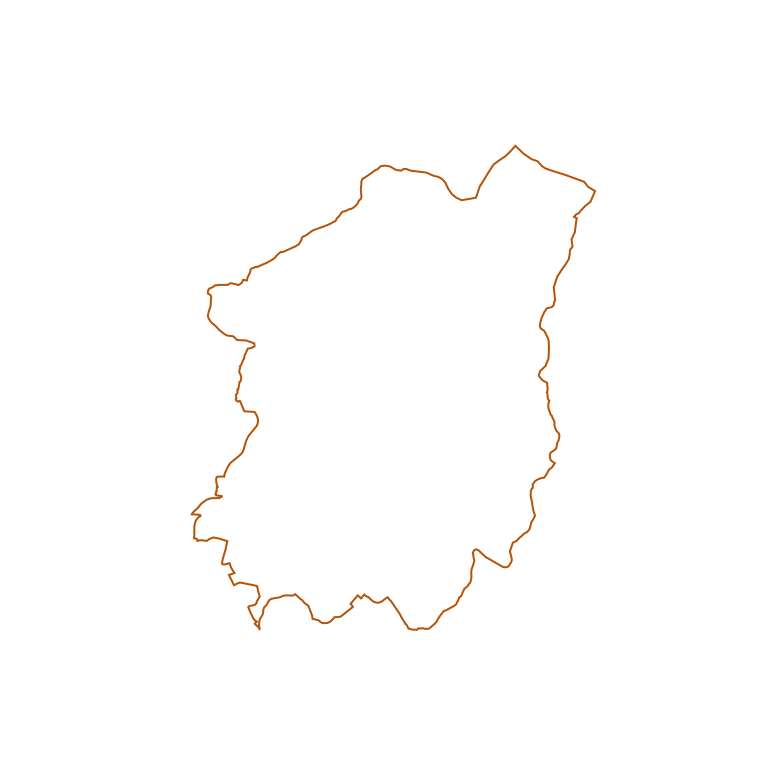 outline of Sarmas, Harghita, Romania, rotated 30°
{"feature_id": "2599482B24569606414351", "entity_name": "Sarmas", "entity_type": "district", "adm_level": 2, "iso_a3": "ROU", "parent_name": "Romania", "parent_adm1": "Harghita", "projection": "equal_earth", "projection_center": [25.467, 46.907], "detail": "fine", "context": "isolated", "style": "outline", "palette": "amber", "viewbox_px": 768, "rotation_deg": 30, "n_neighbors": 0, "source": "geoboundaries", "source_scale": "gbopen_adm2", "svg_char_len": 6165}
<svg xmlns="http://www.w3.org/2000/svg" viewBox="0 0 768 768"><g transform="rotate(30 384 384)"><path d="M399.4,659.2L396.0,654.9L394.3,650.7L394.1,649.0L394.2,645.0L394.0,643.9L393.6,642.3L392.5,640.2L391.9,637.8L392.8,633.2L392.6,629.4L392.9,628.1L394.0,626.2L400.2,621.0L402.8,617.6L404.7,616.1L410.4,613.1L411.2,612.4L412.0,611.1L412.2,610.4L419.5,612.0L421.3,612.1L424.7,613.4L429.4,613.9L437.3,620.3L439.6,623.1L444.5,621.6L446.1,621.4L448.1,621.9L450.1,621.8L452.2,620.8L454.7,619.1L456.4,616.2L457.5,612.5L457.4,611.6L457.7,610.8L462.5,607.5L463.4,605.6L468.5,592.7L468.2,592.3L465.0,591.0L466.9,580.2L471.3,581.2L471.7,580.2L471.5,578.9L472.1,577.3L472.2,576.2L473.7,576.7L477.7,576.4L479.4,577.1L482.8,577.6L484.5,577.6L486.7,577.1L488.3,576.3L489.4,575.4L491.2,572.6L492.2,569.9L493.8,566.8L495.3,567.6L498.8,568.6L509.8,573.9L512.7,575.3L516.7,577.9L521.8,580.5L522.3,581.1L523.6,581.1L526.6,582.9L527.1,583.5L528.1,583.6L529.1,582.9L530.9,582.7L535.5,580.4L535.7,578.8L535.9,578.6L537.8,577.5L539.3,576.3L542.4,575.3L544.7,573.8L545.4,573.1L547.9,566.1L548.4,563.0L548.2,560.7L548.4,557.1L549.3,550.6L550.2,549.8L551.4,548.1L555.8,540.9L556.7,538.9L556.4,536.9L556.4,534.2L555.9,531.3L556.6,529.8L556.8,528.2L556.5,526.8L556.0,521.1L557.4,517.4L557.5,515.1L558.0,512.7L556.8,508.5L553.4,502.9L552.3,500.0L551.9,496.9L550.5,491.5L547.9,489.1L546.3,486.6L545.4,486.1L545.1,483.0L546.5,481.0L549.0,480.8L558.5,483.0L578.0,483.0L580.0,482.5L581.2,481.7L582.2,480.9L583.1,479.3L583.2,474.5L582.6,472.3L581.2,470.6L576.7,466.0L575.0,457.1L575.8,455.7L577.1,454.0L578.3,449.2L579.4,446.3L580.0,443.7L581.7,441.1L582.2,439.6L582.6,436.6L580.7,430.0L580.9,426.1L580.6,422.6L576.9,419.1L574.1,416.0L572.2,413.7L571.6,412.5L569.8,410.9L569.3,410.0L568.2,409.1L567.1,407.7L564.8,403.6L564.3,400.8L564.8,399.5L563.1,396.8L563.0,395.6L563.5,392.3L565.1,389.4L567.7,386.4L569.5,385.1L569.9,381.2L569.7,375.7L570.9,373.1L571.3,371.2L571.3,369.0L571.6,367.2L568.6,367.0L566.0,366.4L563.2,362.8L562.6,360.3L564.6,356.2L565.3,353.7L564.4,350.8L563.6,349.1L563.3,345.3L562.3,342.3L561.4,340.6L560.4,339.5L556.8,338.3L554.3,336.6L552.1,334.4L550.5,331.4L547.6,329.6L545.2,327.6L543.6,327.2L540.5,324.4L539.0,323.4L536.1,319.1L536.0,317.5L535.5,316.5L535.5,315.8L534.2,315.4L533.0,314.4L530.2,310.6L529.3,309.9L529.4,309.6L528.2,306.3L525.8,303.2L524.7,301.5L523.0,301.3L521.2,301.6L518.3,301.2L513.9,299.5L513.1,296.6L513.0,295.1L512.7,294.7L515.0,287.2L514.2,284.0L513.9,280.0L510.1,272.7L508.2,269.2L505.3,264.7L503.2,262.4L496.6,258.1L495.3,257.8L491.7,257.4L490.1,256.0L488.5,252.3L488.2,250.3L487.4,248.1L487.0,242.7L486.8,241.7L487.0,240.5L487.1,237.4L487.4,236.7L488.1,235.9L489.3,235.1L490.5,233.9L491.1,232.8L491.4,231.3L491.2,229.8L490.3,227.7L490.5,226.1L482.7,215.5L480.4,204.8L480.7,197.1L481.4,189.7L481.6,183.7L480.2,179.4L478.0,174.8L478.6,170.8L474.1,165.0L473.4,157.2L469.4,147.7L468.1,144.1L464.9,144.2L465.5,141.4L466.4,139.7L467.4,138.6L467.5,136.7L469.2,129.3L471.7,122.9L470.3,111.4L462.1,111.2L456.3,108.8L436.4,112.3L421.9,115.5L416.1,116.6L411.7,116.3L405.7,114.3L399.5,115.5L389.3,114.7L378.7,112.0L376.9,120.4L375.1,126.4L371.6,133.4L369.2,139.2L368.8,144.7L368.2,165.2L370.5,176.7L359.4,186.0L353.7,186.5L348.0,185.7L342.2,182.9L336.4,179.0L332.5,177.5L328.0,177.4L322.2,179.0L315.0,179.7L300.2,186.0L295.9,186.6L293.5,187.9L292.3,190.6L287.4,192.6L280.5,192.6L276.2,194.1L272.8,196.5L272.1,197.4L271.5,199.1L271.5,199.9L271.1,201.3L269.7,202.8L266.6,209.9L263.5,216.1L262.7,216.9L263.3,220.5L264.2,221.6L266.5,226.9L271.0,233.4L271.3,235.0L270.6,238.2L270.9,240.8L270.3,243.9L269.5,246.3L268.1,248.6L266.3,250.3L264.3,253.3L262.1,255.5L261.4,257.0L261.5,258.3L261.3,260.6L260.4,263.8L260.5,267.3L259.0,269.2L258.0,271.2L255.8,274.3L245.8,286.3L244.3,289.2L242.3,294.1L240.1,296.9L239.9,298.9L240.5,301.0L240.4,305.3L238.9,308.4L231.8,318.4L230.4,320.1L228.5,321.5L227.8,323.2L226.6,327.4L226.4,329.2L225.7,331.1L222.1,337.3L215.5,346.2L214.9,346.2L214.4,346.7L211.4,350.7L211.2,351.5L212.2,354.4L212.6,359.9L213.5,362.9L209.9,364.2L210.2,365.6L210.1,368.0L208.4,371.2L205.4,371.8L201.0,373.2L200.0,374.5L199.2,376.2L191.2,380.9L189.4,382.5L188.2,383.1L188.0,384.1L186.8,386.4L185.0,388.6L184.8,390.5L185.6,392.8L186.5,393.8L188.3,393.6L190.1,394.2L191.1,395.3L191.8,397.2L194.9,403.2L196.1,409.2L197.4,413.1L198.8,414.5L202.5,416.6L205.0,417.3L209.0,417.9L214.7,419.7L221.3,420.6L224.0,420.4L225.9,419.7L228.8,418.3L230.9,418.3L234.7,419.4L243.0,415.2L251.3,413.7L253.1,416.1L251.1,419.2L248.3,421.6L248.9,426.2L248.8,428.3L250.2,432.4L250.0,433.8L250.7,438.3L250.7,440.0L250.3,440.7L251.1,441.4L252.1,445.0L252.7,446.0L256.7,449.0L258.1,452.0L258.4,453.4L257.9,454.1L258.0,454.7L260.3,461.0L260.3,461.7L259.8,462.0L261.6,464.8L261.2,467.6L263.3,470.1L263.3,471.4L264.1,472.1L265.8,472.3L266.9,471.7L267.4,470.8L268.0,470.8L276.6,477.5L285.9,472.9L288.4,474.2L290.8,475.9L292.5,477.6L293.7,479.5L294.4,481.6L294.7,484.0L293.0,494.5L292.7,496.5L292.8,499.8L293.0,502.1L295.3,511.3L295.5,512.8L295.4,514.8L295.1,516.5L294.5,518.5L290.6,528.8L290.3,530.9L290.1,532.6L290.7,540.1L291.1,542.0L291.9,544.1L291.0,544.3L288.7,546.1L286.8,547.0L285.6,548.2L286.3,550.6L288.6,553.8L291.4,556.4L290.8,556.9L292.7,560.6L292.4,560.7L293.3,563.9L294.1,563.7L294.5,564.3L299.5,562.2L299.9,562.6L298.7,564.1L298.6,565.0L291.2,569.5L288.3,572.9L285.7,578.5L284.7,584.3L282.7,591.2L282.7,592.9L290.1,589.3L290.5,589.4L291.1,590.1L290.2,591.6L289.6,593.7L289.4,596.5L289.6,597.9L291.0,602.3L295.0,609.1L296.6,612.7L298.8,611.7L300.0,612.0L300.4,613.0L300.8,613.2L302.2,611.9L304.0,610.6L306.4,609.5L307.9,609.1L309.3,607.9L310.2,605.7L313.0,602.2L318.8,600.2L326.9,598.4L327.0,599.0L328.1,602.0L328.2,603.0L329.2,605.3L332.0,616.8L333.5,620.5L334.4,620.8L336.1,620.0L337.6,618.9L339.2,616.8L339.8,616.4L343.7,619.7L349.0,622.5L345.2,626.9L354.7,633.3L357.2,629.4L358.6,627.9L373.3,622.9L375.1,622.5L379.2,626.9L382.7,630.3L382.6,631.7L382.6,636.4L383.0,636.9L383.1,637.8L382.4,640.1L378.6,643.4L378.0,645.1L383.0,649.0L386.0,650.9L387.4,652.1L391.0,653.4L392.6,653.4L392.0,656.3L397.7,657.6L399.4,659.2Z" fill="none" stroke="#b45309" stroke-width="2"/></g></svg>